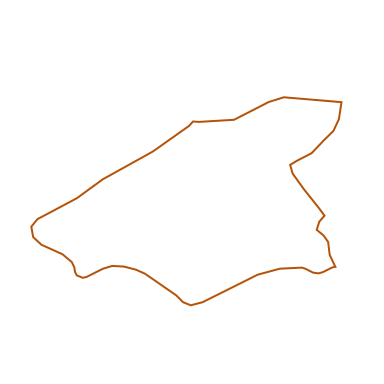 the border of Lautém, rotated 189°
{"feature_id": "TLS-553", "entity_name": "Lautém", "entity_type": "District", "adm_level": 1, "iso_a3": "TLS", "parent_name": "East Timor", "parent_adm1": "", "projection": "mercator", "projection_center": [126.937, -8.535], "detail": "fine", "context": "isolated", "style": "outline", "palette": "amber", "viewbox_px": 384, "rotation_deg": 189, "n_neighbors": 0, "source": "natural_earth", "source_scale": "10m", "svg_char_len": 803}
<svg xmlns="http://www.w3.org/2000/svg" viewBox="0 0 384 384"><g transform="rotate(189 192 192)"><path d="M38.7,140.5L41.1,139.8L50.4,133.2L54.4,131.4L59.8,131.3L68.2,134.0L71.7,134.5L93.2,130.0L114.2,120.6L164.5,84.7L175.5,79.9L183.7,81.8L191.3,87.4L225.8,104.0L235.2,106.5L247.4,107.7L259.3,106.5L267.9,102.3L283.0,91.5L286.4,90.2L292.7,91.6L295.1,94.8L296.4,99.1L299.8,104.0L310.1,110.2L332.4,116.3L341.8,122.6L345.3,132.6L340.4,141.0L304.6,168.0L282.1,190.6L237.1,225.8L205.4,256.7L202.0,261.8L196.2,262.3L161.8,269.9L130.3,292.9L116.2,299.9L58.4,304.1L58.3,286.9L61.9,274.4L63.6,272.1L69.7,263.9L79.9,249.1L93.2,239.3L99.3,234.2L95.6,226.1L82.0,212.3L64.8,196.6L57.4,189.3L61.6,182.7L62.9,174.2L55.1,169.5L49.7,163.9L46.2,151.5L38.7,140.5Z" fill="none" stroke="#b45309" stroke-width="2"/></g></svg>